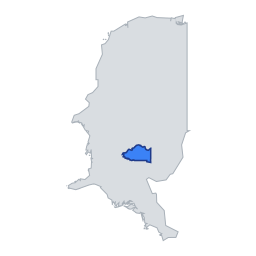 United States of America, with Illinois highlighted, rotated 90°
{"feature_id": "USA-3546", "entity_name": "Illinois", "entity_type": "State", "adm_level": 1, "iso_a3": "USA", "parent_name": "United States of America", "parent_adm1": "", "projection": "mercator", "projection_center": [-89.31, 39.745], "detail": "fine", "context": "in_parent", "style": "filled", "palette": "blue", "viewbox_px": 256, "rotation_deg": 90, "n_neighbors": 0, "source": "natural_earth", "source_scale": "10m", "svg_char_len": 7058}
<svg xmlns="http://www.w3.org/2000/svg" viewBox="0 0 256 256"><g transform="rotate(90 128 128)"><path d="M210.5,91.8L225.5,90.3L231.8,77.9L237.4,80.1L237.5,87.8L240.6,92.8L234.9,94.5L234.6,95.9L233.7,94.2L232.2,97.1L227.8,99.0L224.8,106.2L227.2,109.2L228.9,108.9L228.5,107.5L229.0,108.2L229.1,109.6L224.3,110.6L223.5,109.0L222.9,111.2L217.5,111.7L213.3,114.4L213.8,112.9L213.4,111.9L212.2,115.6L213.4,116.2L213.0,119.4L210.2,123.3L207.3,120.9L209.1,118.4L207.1,120.1L207.8,122.9L209.0,124.5L209.2,126.2L205.7,132.5L206.8,128.6L204.1,124.8L206.0,120.8L203.2,122.0L204.1,127.9L201.6,126.1L200.7,126.3L201.5,124.5L201.4,123.9L200.5,125.4L200.5,126.6L204.4,128.9L203.5,129.9L201.8,127.9L201.1,127.5L203.3,130.0L204.3,130.5L203.7,131.9L202.5,130.8L204.4,133.0L203.9,133.3L203.0,132.2L200.6,131.6L203.6,133.8L205.5,133.7L207.3,139.0L205.7,134.9L206.2,137.6L202.6,137.0L205.1,139.6L206.4,138.9L204.8,141.2L201.4,140.4L203.5,141.6L201.7,142.8L203.7,143.7L200.0,144.2L197.9,147.9L194.4,148.9L187.6,155.6L186.7,154.9L184.2,160.9L183.9,162.4L185.0,167.0L189.7,180.2L188.0,187.1L185.5,187.5L183.2,183.8L182.7,180.8L179.3,177.2L180.5,175.6L178.8,175.7L179.5,171.0L175.4,166.4L169.1,167.5L168.0,164.8L161.7,164.5L162.5,163.5L161.4,164.5L158.6,165.0L158.6,162.9L158.1,164.4L149.5,164.8L153.2,165.8L151.9,167.8L154.7,169.6L153.3,170.6L150.2,168.1L150.0,170.1L145.8,169.2L143.4,166.8L142.0,168.0L135.8,166.1L132.2,168.8L133.2,168.1L131.2,167.4L130.2,170.7L126.5,172.8L127.4,172.2L124.9,171.8L125.8,173.0L122.9,174.3L121.8,177.9L120.5,177.4L121.6,178.3L121.8,181.6L123.0,183.6L122.1,184.3L115.3,181.8L113.7,177.0L106.4,167.2L102.7,166.7L99.1,170.5L94.6,168.0L92.6,163.4L86.6,158.0L79.7,158.0L79.7,160.0L68.7,160.0L54.3,153.6L44.9,154.5L43.6,150.9L39.6,147.6L31.2,144.9L31.2,142.3L24.0,130.6L24.2,129.3L25.7,130.9L24.7,128.3L27.8,128.1L22.0,128.4L16.9,117.0L17.9,110.8L16.0,103.7L17.6,98.9L18.2,85.0L21.2,85.4L17.8,84.7L18.7,80.8L17.6,80.8L15.4,72.6L22.9,74.0L21.5,78.3L23.9,75.3L23.7,78.9L21.9,79.8L23.2,79.9L24.6,78.4L25.0,74.7L22.9,68.9L130.7,68.9L130.7,66.7L132.8,70.4L144.9,74.4L157.2,73.0L173.7,83.2L174.3,85.8L179.9,89.9L181.5,99.6L177.6,107.2L179.4,109.6L193.6,103.7L193.1,100.2L194.4,99.5L202.3,99.3L210.5,91.8ZM219.1,113.2L221.5,112.8L213.1,115.0L220.0,112.4L219.1,113.2ZM23.5,72.5L24.5,74.9L24.4,75.2L23.0,73.5L23.5,72.5ZM122.8,183.0L121.9,180.2L122.0,178.5L122.1,180.3L122.8,183.0ZM235.5,94.8L235.5,95.9L235.1,95.7L235.5,94.8ZM143.5,167.7L143.7,168.4L143.0,167.8L143.5,167.7ZM34.5,147.8L35.4,147.4L35.5,147.5L34.5,147.8ZM33.5,147.5L33.1,148.0L32.8,147.6L33.5,147.5ZM226.5,110.8L225.8,111.5L225.6,111.3L226.5,110.8ZM122.5,177.0L122.0,178.3L123.3,175.8L122.5,177.0ZM188.3,175.9L189.2,178.5L188.1,175.6L188.3,175.9ZM39.4,150.1L39.8,150.8L39.3,150.2L39.4,150.1ZM188.4,187.5L187.6,188.3L188.8,186.6L188.4,187.5ZM207.6,140.8L206.7,141.8L207.4,139.2L207.6,140.8ZM22.4,70.6L22.5,71.3L22.0,71.0L22.4,70.6ZM125.8,173.5L124.5,174.1L125.8,173.3L125.8,173.5ZM228.7,111.1L228.7,111.9L228.0,111.7L228.7,111.1ZM39.4,152.2L39.7,153.1L39.2,152.3L39.4,152.2ZM124.1,174.6L123.6,174.9L124.1,174.4L124.1,174.6ZM208.8,127.4L207.9,129.0L209.0,126.9L208.8,127.4ZM131.8,169.4L131.0,169.9L132.2,169.0L131.8,169.4ZM184.3,161.7L184.1,162.8L184.1,162.0L184.3,161.7ZM204.1,143.8L203.8,144.1L204.7,143.2L204.1,143.8ZM171.4,167.3L170.3,167.8L169.9,167.7L171.4,167.3ZM158.2,164.8L158.0,165.0L157.4,165.0L158.2,164.8ZM181.6,180.8L181.7,181.6L181.4,180.7L181.6,180.8ZM155.5,166.4L155.3,167.1L155.2,165.8L155.5,166.4ZM186.0,189.2L185.4,189.3L186.2,189.1L186.0,189.2ZM212.7,119.9L212.3,120.7L212.9,119.6L212.7,119.9ZM206.0,142.1L205.6,142.3L206.0,142.1Z" fill="#d9dde1" stroke="#a8b0b8" stroke-width="1"/><path d="M148.5,124.0L148.4,123.9L148.3,123.7L148.1,123.4L148.1,123.2L148.1,122.9L148.0,122.7L148.0,122.4L148.0,122.2L147.9,122.1L147.8,121.9L147.7,121.8L147.6,121.7L146.7,121.1L146.6,120.9L146.6,120.7L145.5,119.8L145.5,119.6L145.4,119.5L145.4,119.3L145.4,119.2L145.2,119.1L145.2,118.9L145.2,118.6L145.1,118.4L145.0,118.2L144.9,117.4L144.9,117.2L145.0,116.7L145.2,116.4L145.4,116.3L145.5,116.2L145.4,116.0L145.4,115.9L145.5,115.8L145.5,115.7L145.4,115.6L145.3,115.4L145.4,115.2L145.6,115.1L145.8,115.1L146.0,115.0L146.2,114.9L146.3,114.8L146.4,114.7L146.5,114.5L146.5,114.4L146.5,114.2L146.7,113.9L147.1,113.4L147.1,113.0L147.1,112.8L147.0,112.6L146.9,112.4L146.7,112.2L146.5,111.9L146.6,111.6L146.6,111.4L146.7,111.2L146.8,111.0L147.0,110.9L148.1,110.8L148.3,110.7L148.5,110.5L148.9,110.4L149.1,110.3L149.2,110.2L149.4,110.1L149.5,110.0L149.5,109.9L149.5,109.7L149.6,109.4L149.7,109.2L149.9,109.0L150.0,109.0L150.0,108.9L150.1,108.6L150.2,108.3L150.2,108.1L150.3,107.8L150.2,107.6L150.2,107.4L149.9,107.1L149.6,106.9L149.4,106.7L149.2,106.5L149.2,106.2L149.2,106.3L149.1,106.1L148.7,105.7L148.4,105.5L148.3,105.4L148.3,105.2L149.0,105.3L149.7,105.3L150.4,105.3L152.5,105.3L153.2,105.3L153.9,105.3L155.9,105.3L156.6,105.3L157.3,105.3L158.0,105.3L158.7,105.3L159.4,105.4L160.9,105.4L161.6,105.3L162.5,105.3L162.4,105.7L162.3,106.1L162.2,106.6L162.1,107.1L162.0,107.7L161.9,108.3L161.8,108.8L161.7,109.2L161.4,109.2L160.5,109.2L160.5,109.4L160.5,110.2L160.5,110.9L160.5,111.7L160.5,112.4L160.5,113.2L160.5,113.9L160.5,114.7L160.5,115.4L160.5,116.2L160.5,117.7L160.5,119.1L160.5,119.9L160.5,120.6L160.5,121.3L160.5,121.5L160.4,121.6L160.2,121.7L160.1,121.8L160.2,122.1L160.2,122.3L159.9,122.6L159.9,122.8L160.0,122.8L160.2,123.0L160.2,123.3L160.3,123.3L160.4,123.5L160.4,123.8L160.4,124.0L160.5,124.3L160.5,124.5L160.4,124.9L160.3,125.0L160.2,125.0L160.1,125.3L160.0,125.5L159.9,125.6L160.0,125.8L159.9,125.8L159.7,126.0L159.5,126.3L159.4,126.5L159.2,126.8L158.9,126.9L158.8,127.0L158.7,127.1L158.7,127.3L158.8,127.4L158.8,127.5L158.7,127.7L158.6,127.8L158.8,127.9L158.7,128.0L158.5,128.3L158.5,128.5L158.4,128.5L158.5,128.7L158.5,128.8L158.4,128.9L158.2,128.8L158.3,128.9L158.5,129.1L158.4,129.2L158.2,129.2L158.3,129.2L158.4,129.3L158.5,129.3L158.4,129.4L158.4,129.5L158.1,129.8L158.0,130.0L158.1,130.3L158.2,130.5L158.3,130.7L158.3,130.8L158.2,130.9L157.4,131.1L157.2,131.2L156.9,131.2L156.8,131.3L156.7,131.4L156.6,131.6L156.6,131.8L156.8,132.1L156.9,132.3L156.9,132.6L156.9,132.8L156.7,132.9L156.4,132.9L156.2,132.7L155.1,132.2L154.9,132.1L154.7,132.2L154.4,132.3L154.2,132.6L154.1,132.8L154.0,133.0L154.2,133.4L153.9,133.3L153.9,133.2L153.7,132.9L153.6,133.0L153.7,133.3L153.5,133.2L153.3,133.0L153.2,133.0L153.2,132.8L153.2,132.7L153.0,132.4L152.9,132.3L152.9,132.2L152.7,132.0L152.7,131.9L152.8,131.6L153.0,131.3L153.0,131.1L152.9,130.9L152.7,130.6L152.7,130.4L152.7,130.2L152.7,129.9L152.2,129.7L152.0,129.3L151.9,129.1L151.6,129.0L151.5,128.9L151.3,128.7L151.1,128.6L150.8,128.5L150.7,128.5L150.5,128.3L150.4,128.3L150.3,128.2L150.2,128.0L150.1,127.9L149.9,127.8L149.8,127.7L149.7,127.5L149.5,127.3L149.4,127.3L149.4,127.2L149.3,126.8L149.4,126.7L149.6,126.2L149.8,125.6L150.0,125.3L150.1,125.2L150.0,124.8L150.1,124.6L150.2,124.4L150.3,124.3L150.3,124.2L150.1,123.9L149.7,123.7L149.4,123.6L149.2,123.5L148.7,123.9L148.5,124.0Z" fill="#3b82f6" stroke="#1e3a8a" stroke-width="1.5"/></g></svg>